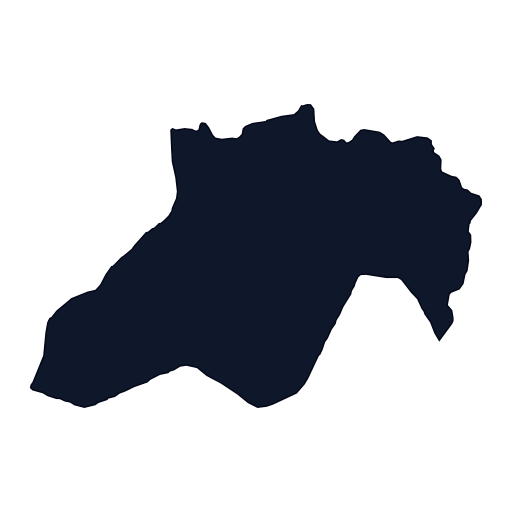 La Unión, Zacapa, Guatemala
{"feature_id": "79465075B65794247030645", "entity_name": "La Unión", "entity_type": "district", "adm_level": 2, "iso_a3": "GTM", "parent_name": "Guatemala", "parent_adm1": "Zacapa", "projection": "equal_earth", "projection_center": [-89.266, 14.957], "detail": "fine", "context": "isolated", "style": "filled", "palette": "ink", "viewbox_px": 512, "rotation_deg": 0, "n_neighbors": 0, "source": "geoboundaries", "source_scale": "gbopen_adm2", "svg_char_len": 2604}
<svg xmlns="http://www.w3.org/2000/svg" viewBox="0 0 512 512"><path d="M439.3,340.3L450.9,324.5L451.6,323.6L452.8,320.9L452.9,318.3L451.6,310.5L447.1,305.3L449.0,294.3L450.9,292.2L459.2,288.8L462.9,283.6L464.8,274.3L466.9,270.7L468.4,260.6L467.8,251.6L469.4,248.5L470.7,242.2L470.5,235.1L468.0,231.7L468.9,224.0L470.0,222.6L470.1,220.7L476.4,212.7L480.2,206.2L481.1,205.0L481.3,202.5L481.1,199.2L480.3,198.4L479.7,197.0L478.9,196.0L470.8,193.4L467.3,190.1L463.9,189.5L461.5,187.8L458.9,180.2L456.0,177.4L451.1,176.4L441.5,172.0L440.5,168.9L440.9,159.9L438.8,156.2L435.9,154.2L434.9,153.6L433.6,152.6L433.2,151.3L433.1,150.0L434.0,148.6L433.1,147.4L431.1,144.2L431.2,141.0L427.4,138.1L417.1,136.9L402.1,141.6L398.7,141.2L392.5,143.2L390.5,142.5L383.8,135.1L379.5,132.4L364.3,129.8L360.8,130.4L354.7,136.8L352.6,140.2L348.7,142.8L346.2,143.2L343.7,140.4L341.2,139.8L337.3,142.1L328.8,141.1L323.0,136.6L319.7,134.2L317.1,130.3L314.3,121.4L313.6,109.1L310.5,104.9L307.0,104.8L302.8,106.1L301.5,105.9L298.5,111.1L294.2,114.8L281.7,116.5L267.1,120.5L266.0,121.7L252.6,123.6L245.7,126.5L243.3,128.8L242.4,134.3L239.2,137.6L236.6,139.0L232.2,138.3L221.9,139.5L215.2,138.3L212.5,135.4L208.3,127.5L205.3,123.6L201.9,123.0L200.8,124.0L200.1,125.3L199.2,129.6L197.6,131.1L195.1,131.2L192.0,129.6L184.6,128.8L175.9,130.2L172.5,128.8L171.0,130.1L171.8,149.0L172.5,161.7L176.0,177.5L177.6,191.5L176.7,198.5L172.5,208.2L172.1,211.0L169.0,216.0L164.7,220.4L160.7,223.7L159.2,223.7L154.7,228.1L152.4,228.9L148.2,232.4L146.3,232.7L134.6,245.8L131.9,249.6L123.9,256.2L121.6,257.7L115.7,263.8L112.6,266.8L111.7,266.7L106.0,274.8L101.4,283.7L100.3,285.5L95.7,290.5L88.0,292.2L71.7,298.7L68.3,301.6L57.0,311.0L51.7,317.7L49.9,318.5L47.9,322.6L46.1,332.6L43.9,355.8L33.2,382.2L31.2,385.1L30.7,387.8L32.9,389.8L43.0,392.6L47.8,395.5L56.4,398.3L59.9,398.4L64.9,400.8L70.3,401.9L74.5,404.6L84.3,407.2L94.9,404.6L98.3,402.3L106.9,399.4L107.9,398.0L114.7,396.3L119.4,392.9L124.5,391.1L133.1,386.9L134.7,386.2L147.2,381.8L150.0,379.2L159.8,374.2L168.1,372.5L169.2,371.1L173.8,369.7L179.9,366.0L186.3,365.0L197.2,367.4L207.0,375.4L221.0,382.8L237.6,393.8L248.3,402.5L257.6,407.2L266.4,406.1L272.7,404.0L296.4,392.9L304.2,383.9L307.7,378.0L318.6,354.8L319.6,354.5L321.9,349.7L324.5,341.8L327.2,338.0L331.3,328.9L335.0,323.7L336.1,319.7L339.4,314.5L342.9,306.4L350.6,294.0L351.2,290.9L354.2,285.8L354.8,283.3L357.7,276.9L360.5,274.4L366.0,274.1L386.2,277.3L398.0,277.3L401.6,279.4L411.5,292.2L417.7,298.7L422.1,308.4L424.3,311.5L425.0,313.9L430.7,322.0L435.0,333.0L439.3,340.3Z" fill="#0f172a" stroke="#020617" stroke-width="1.5"/></svg>